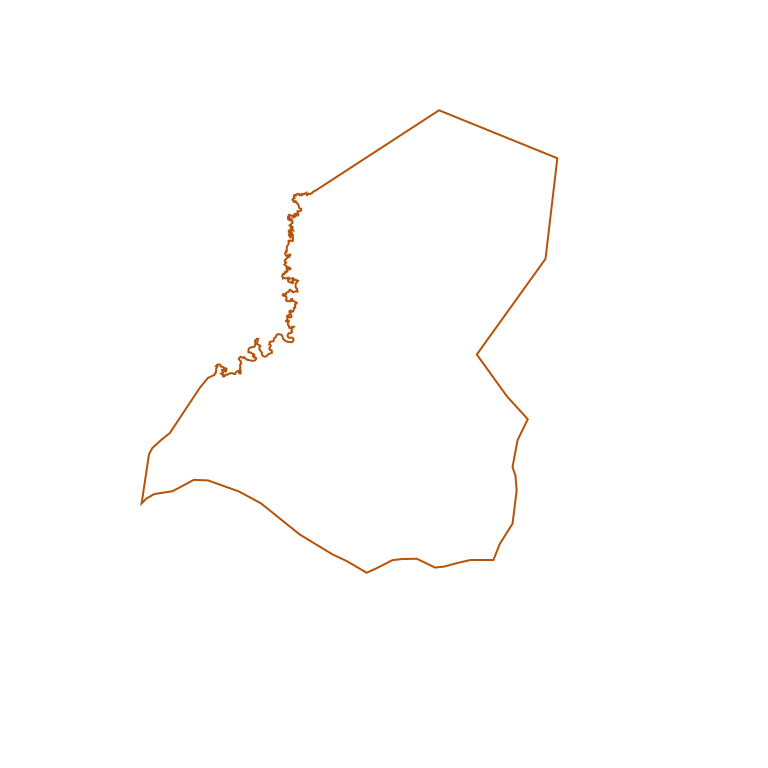 Abadam, Borno, Nigeria (Mercator projection), rotated 327°
{"feature_id": "59680162B89355923746110", "entity_name": "Abadam", "entity_type": "district", "adm_level": 2, "iso_a3": "NGA", "parent_name": "Nigeria", "parent_adm1": "Borno", "projection": "mercator", "projection_center": [13.226, 13.367], "detail": "fine", "context": "isolated", "style": "outline", "palette": "amber", "viewbox_px": 768, "rotation_deg": 327, "n_neighbors": 0, "source": "geoboundaries", "source_scale": "gbopen_adm2", "svg_char_len": 6166}
<svg xmlns="http://www.w3.org/2000/svg" viewBox="0 0 768 768"><g transform="rotate(327 384 384)"><path d="M266.6,532.8L276.8,534.4L295.0,536.3L303.4,540.4L316.3,548.4L326.9,565.8L334.8,569.8L348.1,574.1L360.7,578.7L379.9,591.2L394.0,581.2L415.8,571.1L437.2,545.6L444.3,532.6L446.5,523.7L465.5,503.8L485.4,491.8L480.4,461.5L477.9,409.8L587.6,367.0L652.3,289.1L579.2,184.4L431.7,184.5L430.2,184.1L427.5,184.7L426.4,184.4L425.5,184.7L424.3,183.2L422.4,183.8L422.2,183.2L422.9,181.7L422.3,181.9L421.6,181.1L420.3,181.2L419.8,180.6L419.2,180.9L418.5,180.9L418.3,180.0L417.3,180.6L416.6,179.0L416.0,179.4L415.3,177.5L413.5,177.5L412.6,178.0L412.4,176.9L411.2,176.8L410.4,177.6L410.2,179.3L407.9,179.3L407.5,179.7L408.1,181.0L407.5,182.0L408.5,183.0L409.5,182.6L409.4,184.7L409.9,185.4L409.6,185.9L409.9,186.8L408.7,190.3L409.9,192.0L409.5,193.0L408.4,193.4L407.3,193.2L405.7,192.0L405.3,193.0L404.5,193.8L404.2,193.5L403.8,193.7L404.7,194.9L403.9,195.7L403.5,195.8L402.3,193.7L402.4,193.1L402.0,192.7L400.0,193.6L399.8,194.1L400.6,194.3L400.8,195.2L398.7,195.0L399.0,194.0L398.6,193.4L399.0,193.0L397.5,191.7L396.9,190.7L396.4,191.1L396.0,190.7L394.7,191.4L395.1,192.2L394.5,192.0L394.3,192.6L393.8,192.5L393.6,192.8L393.8,193.1L394.4,192.7L395.0,193.1L394.6,193.7L394.9,194.2L393.7,194.4L394.6,195.9L395.1,196.2L396.0,195.6L396.1,196.8L395.1,199.1L393.6,199.1L392.5,199.7L391.6,199.6L392.4,200.8L391.9,201.6L391.1,201.5L390.9,202.6L391.5,202.9L391.5,202.2L392.1,201.9L392.8,202.8L392.0,203.5L391.0,203.3L391.5,204.8L391.4,205.8L390.6,205.0L390.5,203.7L389.7,203.8L389.3,204.6L388.2,203.7L388.1,204.5L387.7,204.0L387.0,204.4L387.3,205.7L388.8,206.4L389.1,207.7L388.4,208.8L388.8,209.7L388.3,209.9L387.7,209.0L387.9,208.3L387.2,207.2L385.7,206.7L385.3,207.2L385.9,208.1L385.1,209.1L385.2,209.8L385.5,209.6L386.2,209.9L387.3,209.4L387.9,210.4L387.0,212.4L386.3,212.7L386.2,213.5L385.1,214.4L383.6,212.7L382.5,212.0L381.8,212.0L381.5,212.4L381.8,212.9L381.7,213.3L379.2,215.2L377.3,215.9L375.2,219.0L374.4,218.9L374.0,219.2L374.6,219.6L374.4,220.1L373.0,220.2L372.0,220.8L371.7,222.9L372.5,223.6L373.5,223.5L374.1,224.1L375.7,224.1L375.8,224.5L375.6,224.9L375.0,225.2L374.3,225.1L374.1,225.5L373.6,225.7L371.7,225.3L371.0,225.8L369.8,225.8L367.9,226.4L368.0,227.2L367.6,227.6L367.8,227.9L367.4,228.1L367.7,228.8L367.3,228.7L366.3,229.6L365.5,229.7L366.5,232.4L365.9,233.0L366.0,233.4L366.3,233.7L366.9,233.4L367.5,234.5L368.2,235.0L368.4,236.4L367.8,236.6L366.9,236.1L366.3,236.1L365.8,235.0L365.3,235.1L364.9,234.7L364.5,235.1L364.6,236.1L364.2,237.0L363.2,236.6L362.6,236.9L362.1,236.2L361.8,236.2L361.6,236.5L361.8,237.0L361.4,237.2L360.7,237.0L360.1,237.5L358.9,236.7L357.1,238.3L357.3,239.3L356.8,240.5L358.1,240.5L358.8,241.7L360.0,242.5L361.5,242.5L361.7,243.3L362.3,243.6L362.4,244.4L360.1,244.6L359.6,245.5L360.7,247.8L362.2,248.4L362.2,248.7L361.8,248.9L362.0,249.5L362.7,249.7L363.1,249.3L363.4,247.6L364.3,247.5L364.2,245.6L364.8,245.3L365.6,246.1L366.1,248.5L366.9,248.7L367.0,249.3L368.1,250.6L365.9,251.4L364.9,251.4L363.4,253.3L362.5,254.9L362.9,257.0L361.8,259.4L360.1,258.0L358.4,257.9L357.5,257.4L357.5,256.0L356.9,255.3L356.9,254.1L356.6,253.8L356.0,253.7L354.8,254.7L351.7,254.3L350.9,254.8L350.6,255.5L349.9,255.7L349.4,255.4L349.1,254.1L348.6,253.7L347.5,254.2L347.5,254.9L349.3,256.8L349.5,257.9L348.7,259.5L347.7,259.9L347.4,260.4L347.9,261.9L351.2,263.8L351.6,263.6L352.0,262.3L353.2,262.5L352.8,264.4L355.1,268.3L354.4,268.9L353.1,268.6L352.7,268.8L351.3,271.4L350.3,271.0L348.8,272.6L347.0,273.7L346.5,273.5L345.7,271.5L344.4,271.4L343.8,272.2L344.3,273.5L343.8,274.5L343.8,275.7L343.4,276.8L342.6,277.3L341.6,277.2L340.9,276.2L340.9,275.7L341.7,274.1L340.4,274.0L339.2,274.8L339.1,276.0L337.9,277.8L337.2,277.5L336.3,277.6L336.2,278.1L337.2,278.1L337.2,279.1L338.4,279.6L338.1,279.9L337.0,279.9L335.7,281.8L336.1,283.7L335.5,284.2L335.2,285.4L336.2,286.2L337.8,286.0L338.4,286.6L339.1,286.4L339.5,286.9L337.6,287.2L335.9,288.2L335.4,288.8L335.6,290.1L335.2,290.4L333.2,290.4L331.8,289.6L329.9,290.4L329.3,291.0L329.2,293.1L330.2,294.0L331.6,294.6L332.6,296.0L332.7,296.6L332.2,297.6L331.2,298.5L329.3,298.7L326.9,296.8L325.4,295.2L324.4,293.1L324.0,291.4L324.9,288.3L324.7,286.9L323.7,285.5L321.8,284.4L320.5,284.4L318.9,285.6L316.7,285.9L314.9,287.8L313.2,287.5L312.3,286.8L311.2,286.5L310.8,286.6L310.2,287.9L309.4,288.3L310.0,288.7L310.0,290.1L308.6,291.2L307.4,291.5L307.0,292.2L306.9,293.5L307.9,294.3L308.1,294.8L307.0,296.8L303.4,296.0L300.4,296.7L298.6,296.0L297.8,294.7L297.6,293.7L297.8,292.8L298.6,291.4L298.4,287.0L299.6,285.3L301.0,284.9L300.5,283.3L299.6,282.3L299.4,281.2L300.2,280.1L301.3,279.4L302.0,278.3L303.0,277.7L302.1,276.8L301.2,277.3L299.8,277.1L298.7,278.7L298.0,280.4L296.1,282.0L295.3,282.1L293.5,281.2L290.7,280.6L289.6,280.9L288.4,282.2L287.6,283.7L289.1,284.6L290.3,287.2L291.1,288.0L290.9,289.2L290.6,289.2L290.7,288.6L290.3,288.3L289.2,289.3L289.4,290.9L290.6,291.4L290.9,292.1L290.0,293.6L289.0,293.9L287.4,293.6L285.0,291.8L281.9,288.4L281.3,285.2L280.2,285.5L279.0,283.9L278.9,283.2L278.0,283.0L276.0,283.7L275.7,284.7L276.3,286.4L276.0,287.5L275.5,288.0L275.4,289.1L274.3,289.2L273.1,290.2L272.6,292.1L271.3,292.9L271.1,294.6L270.5,294.8L270.9,294.3L270.4,293.9L269.6,294.6L270.3,295.8L269.8,296.8L269.1,296.9L269.3,295.9L268.5,295.5L269.0,294.1L268.6,293.4L266.3,293.5L265.2,294.0L264.8,294.6L263.5,293.8L262.9,292.4L261.0,291.3L258.6,290.8L257.7,291.0L256.8,290.2L255.8,290.0L254.7,290.7L253.4,290.3L253.3,289.6L254.3,289.6L254.3,288.7L253.0,286.6L253.9,286.5L255.1,286.8L255.9,284.1L256.6,284.6L257.8,284.8L257.4,286.7L257.9,287.4L258.3,287.4L259.0,286.6L260.0,286.1L260.1,285.6L259.8,284.6L259.2,284.8L258.9,284.1L258.0,283.6L258.5,282.7L258.2,281.9L256.7,280.6L256.6,279.6L257.3,278.9L257.1,278.5L255.4,277.1L254.0,277.1L252.9,277.5L253.8,278.4L253.7,278.8L251.9,279.4L249.7,282.4L248.5,282.9L248.3,283.5L247.1,283.4L246.6,284.0L239.7,283.0L227.9,286.7L177.6,308.5L167.3,309.5L154.9,311.5L148.8,314.8L115.7,352.1L122.1,350.7L131.3,351.1L148.1,358.7L172.2,360.8L183.9,369.0L203.9,395.3L215.8,417.1L231.3,464.2L247.9,498.7L256.3,512.2L266.6,532.8Z" fill="none" stroke="#b45309" stroke-width="2"/></g></svg>